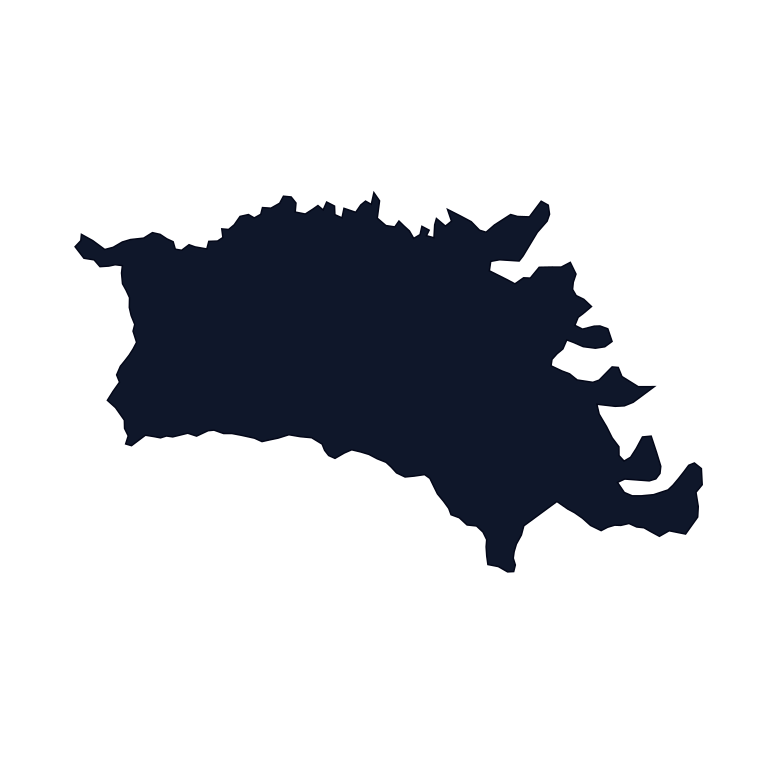 the district of Ampére, Paraná, Brazil, rotated 158°
{"feature_id": "56859067B71285319126532", "entity_name": "Ampére", "entity_type": "district", "adm_level": 2, "iso_a3": "BRA", "parent_name": "Brazil", "parent_adm1": "Paraná", "projection": "mercator", "projection_center": [-53.495, -25.908], "detail": "fine", "context": "isolated", "style": "filled", "palette": "ink", "viewbox_px": 768, "rotation_deg": 158, "n_neighbors": 0, "source": "geoboundaries", "source_scale": "gbopen_adm2", "svg_char_len": 3363}
<svg xmlns="http://www.w3.org/2000/svg" viewBox="0 0 768 768"><g transform="rotate(158 384 384)"><path d="M185.7,139.6L174.6,141.1L160.6,131.9L143.0,143.1L138.5,152.7L135.3,166.7L126.7,171.4L121.4,186.7L125.8,194.5L131.9,194.5L138.8,190.3L146.3,186.0L154.0,181.9L160.4,179.4L175.5,180.4L187.5,184.0L195.8,187.4L201.8,193.4L204.4,205.3L196.4,205.7L174.3,194.8L167.5,194.2L161.6,197.7L158.2,204.0L156.9,218.8L155.8,235.6L164.2,238.1L174.3,229.7L182.8,223.7L190.3,222.6L192.9,229.6L189.7,237.8L192.6,248.6L193.6,261.0L195.8,275.4L194.2,285.5L178.0,276.7L169.3,273.7L159.8,273.7L134.4,280.3L149.3,286.3L160.6,301.8L160.6,311.6L166.1,314.4L183.1,307.0L189.7,307.3L203.4,315.4L208.1,323.9L214.2,329.5L222.3,338.3L219.0,343.9L212.2,347.2L205.0,349.5L198.0,356.4L193.3,352.1L185.3,344.0L174.6,338.0L165.3,335.8L156.6,338.0L155.8,351.3L162.0,356.9L167.5,358.9L179.4,360.5L185.0,366.9L179.0,373.1L173.3,374.6L162.6,378.1L167.0,387.7L172.7,394.0L173.7,401.1L170.4,407.4L164.8,414.0L165.7,427.0L175.9,426.0L184.4,429.5L196.4,434.1L208.7,427.4L214.8,430.2L225.1,427.8L230.6,434.4L243.9,449.5L239.1,457.7L230.3,455.9L212.6,447.4L207.1,450.6L185.0,467.2L171.7,473.9L166.9,479.4L164.7,488.3L169.8,494.6L186.6,484.5L197.4,489.3L203.1,493.7L222.0,490.1L232.5,486.5L237.8,490.8L242.3,501.8L250.2,511.2L259.7,522.1L260.4,509.7L267.9,507.4L273.4,517.8L277.4,512.6L282.9,500.9L289.1,505.6L284.5,509.7L289.8,516.0L294.6,509.0L301.9,507.9L303.1,516.4L306.2,522.9L309.1,529.5L315.1,525.6L322.9,530.2L328.1,540.3L319.5,555.5L321.7,565.2L328.5,555.3L332.6,560.5L338.5,558.7L345.9,553.8L355.3,561.9L360.7,553.8L366.1,559.4L363.2,567.5L369.0,574.2L375.2,568.2L378.4,574.2L384.4,572.8L393.3,571.1L401.9,576.7L397.8,584.8L400.0,592.2L406.9,595.8L413.0,590.7L423.0,589.4L430.6,593.1L434.7,587.5L442.1,586.6L446.2,591.9L454.7,593.3L463.3,587.7L470.2,585.5L476.3,588.6L478.5,580.2L484.8,578.9L493.0,581.9L497.7,575.6L507.8,581.9L512.6,586.2L521.5,583.8L527.0,587.2L526.2,594.9L531.0,600.0L535.5,606.6L542.0,611.1L552.2,609.3L564.9,612.9L573.5,613.7L583.9,612.2L592.5,613.3L600.3,626.0L608.5,636.1L611.4,630.5L619.0,627.0L615.1,613.0L606.3,607.7L603.4,599.2L594.9,596.4L588.6,595.3L582.2,591.8L585.8,585.2L588.9,574.9L588.0,567.5L587.6,559.4L591.5,550.3L592.8,542.2L592.8,532.6L596.9,527.0L597.8,515.3L603.6,510.4L609.5,506.2L615.8,502.5L621.8,499.2L628.5,492.6L628.5,484.8L638.0,478.7L646.6,472.5L641.8,462.7L638.3,447.7L641.2,440.0L640.6,431.7L646.0,425.2L641.2,421.4L624.4,425.9L616.5,421.1L611.4,417.8L605.2,417.3L599.7,414.1L592.1,413.0L584.4,411.9L577.3,405.9L564.6,406.6L558.9,404.9L551.3,398.2L543.6,395.1L535.8,390.1L524.4,382.3L518.7,376.3L510.8,375.0L502.5,373.5L491.2,372.6L481.3,366.5L471.2,361.3L463.9,351.5L463.9,344.7L462.1,338.4L457.3,333.4L446.5,334.9L438.6,335.1L431.0,329.7L424.3,324.3L418.3,317.2L411.4,310.6L408.4,304.2L405.7,296.9L399.3,289.9L390.5,287.3L380.3,284.8L376.8,279.3L376.2,270.2L375.6,262.1L372.7,252.9L370.6,244.4L370.8,237.7L364.3,231.8L359.8,222.2L351.4,217.7L347.7,209.6L347.1,201.2L350.3,194.8L353.2,186.0L355.3,177.7L346.4,171.9L339.8,163.5L334.0,161.5L330.0,167.0L329.4,174.1L326.2,179.7L321.2,186.0L313.2,192.5L307.5,200.1L267.7,210.3L260.3,199.0L255.6,193.4L250.3,185.3L245.5,175.5L237.6,166.7L230.3,167.4L223.0,166.7L217.4,164.2L209.1,162.9L203.3,156.8L196.8,153.3L192.3,147.6L185.7,139.6Z" fill="#0f172a" stroke="#020617" stroke-width="1.5"/></g></svg>